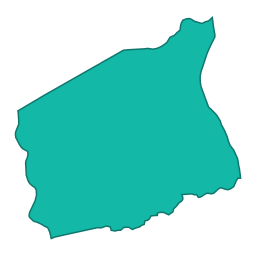 Itaguatins, Tocantins, Brazil
{"feature_id": "56859067B12932377122476", "entity_name": "Itaguatins", "entity_type": "district", "adm_level": 2, "iso_a3": "BRA", "parent_name": "Brazil", "parent_adm1": "Tocantins", "projection": "mercator", "projection_center": [-47.574, -5.788], "detail": "fine", "context": "isolated", "style": "filled", "palette": "teal", "viewbox_px": 256, "rotation_deg": 0, "n_neighbors": 0, "source": "geoboundaries", "source_scale": "gbopen_adm2", "svg_char_len": 1861}
<svg xmlns="http://www.w3.org/2000/svg" viewBox="0 0 256 256"><path d="M237.5,158.5L233.7,150.1L230.1,145.4L228.6,141.7L227.1,136.5L224.4,130.3L223.0,127.7L221.5,125.0L220.1,120.7L216.8,115.3L215.1,113.4L211.4,109.7L208.5,107.0L207.8,105.0L200.9,86.3L200.3,82.1L200.1,77.2L200.9,71.9L201.7,69.7L207.3,52.8L209.1,48.9L210.9,44.8L214.9,36.9L214.8,34.2L213.6,27.6L212.3,17.5L208.5,21.0L205.8,21.6L201.9,23.5L194.1,21.1L191.6,19.4L189.3,18.5L186.6,18.8L183.0,20.1L181.5,22.6L180.6,25.5L180.0,30.1L177.1,32.5L174.3,35.4L170.0,37.3L166.9,42.5L161.3,46.6L156.9,48.4L152.8,49.2L149.8,48.7L147.5,48.4L145.1,48.8L129.2,49.7L123.5,50.2L108.4,58.8L101.6,62.6L99.8,63.8L95.0,66.4L60.0,86.3L44.0,95.4L17.9,110.9L18.3,113.7L18.7,119.8L18.7,124.4L15.9,131.3L15.4,133.7L15.8,137.5L19.3,144.3L21.0,146.9L22.7,148.7L27.6,151.4L28.0,153.9L27.4,157.4L25.9,161.1L25.6,163.2L25.9,167.4L26.3,175.4L28.4,181.5L29.8,183.6L32.2,185.7L34.9,187.6L36.3,190.2L36.5,195.2L35.1,200.8L29.6,212.4L29.0,216.0L30.0,217.8L33.5,221.1L37.7,222.5L41.6,224.3L45.2,226.6L47.6,227.5L49.6,231.7L50.5,235.1L51.2,238.5L55.0,237.0L72.0,233.2L97.3,227.7L101.6,227.8L104.3,226.7L106.5,226.1L110.3,226.9L111.2,230.3L115.1,231.0L117.8,230.3L120.8,230.2L123.7,227.5L128.6,227.1L132.4,229.5L135.9,227.9L139.4,227.0L141.7,225.3L144.2,224.4L145.0,220.7L147.5,220.4L149.2,219.2L150.9,216.0L153.6,215.6L157.4,215.4L157.5,213.0L160.3,212.3L163.8,212.5L168.7,214.8L172.9,211.9L173.7,208.8L176.6,206.0L179.2,202.6L181.0,201.6L182.7,199.7L182.8,197.5L181.9,194.6L187.9,194.1L191.7,193.9L194.5,194.8L196.6,194.6L198.3,197.4L200.6,197.0L203.2,195.4L205.0,194.1L207.2,193.2L211.6,193.8L213.6,193.3L215.8,191.4L217.9,189.3L220.7,187.7L225.7,189.4L228.3,189.7L231.1,188.5L233.7,186.6L236.3,180.7L237.9,178.2L240.6,178.2L239.4,168.6L238.7,166.0L238.4,163.1L237.5,158.5Z" fill="#14b8a6" stroke="#0f766e" stroke-width="1.5"/></svg>